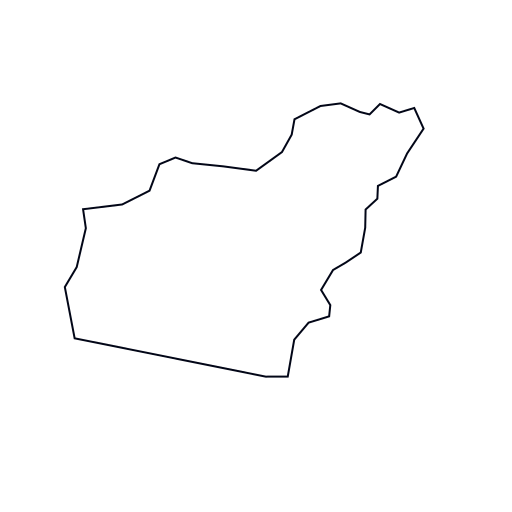 Siġġiewi, Robinson projection, rotated 343°
{"feature_id": "MLT-5948", "entity_name": "Siġġiewi", "entity_type": "state/province", "adm_level": 1, "iso_a3": "MLT", "parent_name": "Malta", "parent_adm1": "", "projection": "robinson", "projection_center": [14.438, 35.844], "detail": "fine", "context": "isolated", "style": "outline", "palette": "ink", "viewbox_px": 512, "rotation_deg": 343, "n_neighbors": 0, "source": "natural_earth", "source_scale": "10m", "svg_char_len": 643}
<svg xmlns="http://www.w3.org/2000/svg" viewBox="0 0 512 512"><g transform="rotate(343 256 256)"><path d="M251.1,380.6L230.0,374.2L58.5,281.7L64.1,229.8L81.3,214.2L101.4,179.7L104.3,160.7L143.1,167.6L173.3,162.4L190.5,140.0L207.8,138.3L222.1,148.6L250.9,160.7L281.0,174.5L311.2,164.2L325.6,150.4L332.8,136.5L361.5,131.4L381.6,134.8L397.4,148.6L406.0,153.8L419.0,146.9L434.8,160.7L450.6,160.7L453.5,183.2L430.5,202.1L413.2,221.1L393.1,224.6L388.8,236.7L374.4,243.6L368.7,260.9L357.2,283.3L340.0,288.5L325.6,291.9L308.3,307.5L312.7,324.7L308.3,335.1L286.8,335.1L268.1,347.2L251.1,380.6Z" fill="none" stroke="#020617" stroke-width="2"/></g></svg>